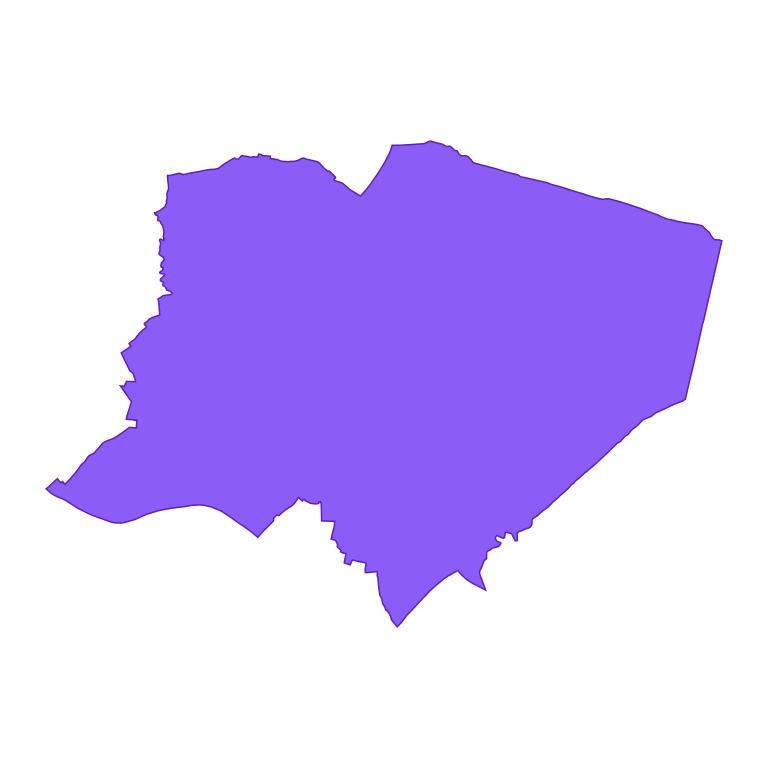 the district of Mueang Nonthaburi, Nonthaburi, Thailand
{"feature_id": "78962969B57513030361621", "entity_name": "Mueang Nonthaburi", "entity_type": "district", "adm_level": 2, "iso_a3": "THA", "parent_name": "Thailand", "parent_adm1": "Nonthaburi", "projection": "orthographic", "projection_center": [100.48, 13.852], "detail": "fine", "context": "isolated", "style": "filled", "palette": "violet", "viewbox_px": 768, "rotation_deg": 0, "n_neighbors": 0, "source": "geoboundaries", "source_scale": "gbopen_adm2", "svg_char_len": 6108}
<svg xmlns="http://www.w3.org/2000/svg" viewBox="0 0 768 768"><path d="M158.1,298.8L158.7,302.0L159.8,315.1L154.5,316.7L150.9,318.2L149.4,319.1L146.8,321.7L144.3,323.5L144.4,324.1L146.4,327.0L146.3,327.5L142.9,329.9L138.8,333.7L138.3,335.0L136.5,336.5L136.2,337.5L135.4,338.6L129.1,343.3L129.1,343.5L130.9,346.3L121.2,352.9L129.6,370.2L130.5,371.3L132.4,372.7L133.2,373.9L135.2,379.8L135.5,381.7L126.4,381.4L126.4,382.1L126.0,382.5L125.8,383.7L125.1,384.1L124.5,386.4L120.4,385.9L131.5,401.8L126.7,416.9L126.4,419.3L132.5,419.7L135.0,420.4L135.0,419.9L136.9,419.9L136.3,427.9L129.3,427.4L125.0,430.7L117.0,436.4L113.1,438.6L105.6,441.4L102.6,443.3L94.3,452.9L89.4,455.5L88.3,456.4L84.7,461.8L81.6,464.3L75.5,472.8L69.8,479.3L65.1,484.2L64.8,484.3L62.6,481.5L62.4,481.5L61.2,482.8L60.9,482.8L57.3,478.7L49.4,486.1L46.1,488.9L46.3,489.1L51.5,493.5L56.8,496.6L62.5,498.8L66.1,500.7L77.9,508.3L87.2,513.0L92.9,515.5L111.8,522.3L115.2,522.8L120.5,523.1L124.0,522.6L134.4,519.7L146.9,514.2L157.5,510.9L165.1,509.3L172.2,508.1L183.1,506.8L190.8,505.5L199.5,504.9L204.3,505.3L211.4,507.0L219.8,510.4L222.2,511.7L231.9,518.1L237.3,522.1L244.7,527.0L252.0,532.3L257.7,537.3L264.4,530.0L268.1,526.4L272.9,521.5L273.5,520.6L273.7,518.1L276.7,515.0L278.9,515.6L283.3,511.6L285.6,509.8L287.3,508.8L288.7,507.6L290.2,507.0L291.8,505.7L294.3,503.5L298.6,497.5L302.3,501.0L303.9,499.2L305.5,500.4L305.3,500.7L310.5,503.3L314.1,503.8L316.2,503.9L317.5,503.7L318.8,503.2L318.5,502.2L318.7,501.9L320.4,501.7L321.5,504.4L321.2,504.8L321.4,509.5L321.6,520.9L329.1,521.2L334.6,521.3L334.4,525.9L332.4,533.5L331.1,539.1L335.2,540.3L335.6,540.6L337.6,544.4L337.2,546.7L339.8,549.3L340.7,549.9L340.8,550.5L340.6,551.9L342.4,552.9L345.4,553.4L346.0,553.8L344.2,562.9L350.2,564.9L352.0,560.7L352.9,560.0L359.4,561.7L365.9,562.8L366.0,563.7L365.2,569.4L365.2,572.1L365.4,572.6L367.2,572.6L377.2,571.6L377.3,573.8L377.1,575.5L377.9,577.9L378.8,587.8L379.7,594.3L380.1,595.7L381.7,598.3L382.6,603.6L384.9,607.1L385.4,609.1L385.8,610.1L387.1,610.7L387.5,611.5L389.2,613.4L389.5,614.4L390.3,615.7L391.6,620.0L397.2,626.8L401.2,622.8L406.8,615.3L414.7,607.1L419.4,601.9L421.3,600.0L423.1,597.8L425.7,595.5L428.7,592.0L432.9,588.0L444.1,578.6L448.9,575.5L457.9,570.5L459.5,572.6L462.4,575.7L465.5,578.5L469.0,581.1L472.9,583.5L485.7,590.1L480.0,574.8L479.5,572.6L479.6,571.3L481.7,567.2L483.9,561.1L484.8,560.1L486.0,559.3L486.6,558.3L486.6,553.6L486.8,552.4L487.1,551.7L488.2,550.9L490.6,549.7L492.3,548.1L497.5,546.9L498.3,546.6L499.7,545.3L500.7,543.8L500.9,543.2L500.5,542.5L497.4,541.6L495.7,539.2L495.4,538.5L495.5,537.6L496.0,536.5L496.6,535.7L497.0,535.6L498.2,536.1L502.3,538.0L503.6,538.2L504.2,537.8L504.6,537.3L505.1,533.4L505.6,532.5L506.3,532.4L510.1,533.1L510.9,533.4L511.8,534.2L515.2,540.7L515.9,540.9L517.1,540.7L517.4,540.1L517.2,533.6L517.5,533.0L518.5,532.0L519.3,531.5L521.4,530.8L525.7,528.8L528.5,528.1L529.7,527.5L531.2,525.8L531.8,524.6L532.0,523.6L532.0,520.3L532.7,518.8L537.4,515.7L542.5,511.0L548.0,507.1L553.0,501.9L556.6,499.0L560.6,495.1L568.2,488.5L571.2,484.9L573.6,483.3L575.5,480.9L579.8,477.6L584.6,472.9L587.3,471.0L588.2,470.0L593.1,466.1L609.1,451.3L610.7,449.4L611.6,448.8L617.0,443.4L620.5,441.4L621.9,439.7L624.2,437.3L625.0,436.3L628.3,434.2L631.0,430.7L633.7,428.3L636.5,426.3L638.1,424.9L640.5,422.2L643.1,419.8L644.1,419.2L651.4,416.3L655.6,412.8L660.1,410.9L673.7,404.5L682.8,400.9L685.3,399.4L688.9,383.7L693.9,363.0L702.7,323.4L703.2,322.3L721.9,240.8L719.1,239.9L715.1,239.7L713.7,239.1L711.2,235.8L709.4,232.6L706.2,229.8L702.7,226.3L701.6,225.7L698.1,224.7L678.5,221.7L674.6,220.5L667.5,219.1L660.8,216.5L657.7,214.8L652.3,213.0L640.3,208.4L627.5,204.1L619.8,201.7L609.4,198.9L606.0,198.8L603.6,199.2L602.1,199.2L597.0,198.1L589.3,195.9L583.9,194.1L574.4,191.3L559.8,186.6L551.6,184.5L546.7,182.6L523.7,177.3L520.6,176.9L518.4,175.0L517.6,174.7L507.0,172.3L496.8,169.0L473.7,162.9L472.7,162.2L471.4,160.1L468.0,156.6L466.2,155.8L462.4,155.9L460.9,155.6L458.8,153.9L457.3,151.1L456.5,150.6L455.0,150.5L454.3,150.2L451.5,147.3L450.2,146.3L449.2,146.1L447.2,146.5L446.4,146.5L442.4,144.2L437.4,143.1L431.3,141.2L429.1,141.2L426.9,142.5L423.9,143.7L401.2,145.2L392.1,145.3L391.2,148.6L389.5,153.0L385.1,161.7L381.4,168.0L377.6,173.9L370.8,183.7L366.4,189.4L360.6,196.1L350.0,189.7L342.9,183.5L340.4,182.4L335.4,180.8L334.3,180.3L334.1,179.8L334.2,179.1L334.5,178.7L335.6,177.9L335.4,177.0L329.4,171.2L328.7,171.0L327.5,171.3L327.1,171.2L326.6,170.0L324.7,168.8L319.6,163.3L318.1,162.1L316.7,161.5L307.0,159.3L304.4,158.3L303.1,158.1L301.8,158.4L297.7,160.5L294.6,161.3L290.8,161.4L288.6,161.7L282.7,161.4L280.0,160.8L277.5,159.6L270.3,158.5L270.2,158.2L270.3,156.2L261.7,155.5L261.6,155.4L261.6,154.6L258.9,154.1L258.7,154.1L257.8,157.1L253.3,156.7L250.7,157.3L247.4,156.5L241.5,155.6L238.5,159.0L236.6,159.2L234.5,158.0L233.3,158.5L224.4,163.8L218.6,168.2L217.4,168.7L214.6,169.2L207.9,169.7L199.5,171.5L190.3,173.0L184.0,174.5L182.7,174.5L179.9,173.4L179.1,173.3L170.7,175.3L168.9,175.5L167.5,175.4L167.5,176.8L168.6,188.0L168.5,189.0L166.9,193.4L167.1,198.2L166.3,201.2L166.6,203.4L165.6,204.8L165.2,206.4L164.8,207.0L161.8,209.0L160.3,210.4L157.0,211.8L156.0,212.8L154.7,212.8L155.4,214.9L157.6,215.6L158.0,215.9L158.0,217.3L157.7,220.3L158.1,220.6L160.2,221.3L160.9,223.3L162.6,225.6L164.0,231.7L163.4,236.5L163.5,237.9L164.0,239.6L163.9,240.1L163.6,240.4L163.0,240.5L161.4,239.3L160.6,239.1L160.0,239.3L159.6,239.9L159.7,240.9L160.5,242.6L160.6,243.4L159.8,247.6L160.0,250.2L159.0,253.6L159.4,254.6L163.5,257.7L164.0,258.3L164.2,259.0L164.0,259.9L162.8,261.6L161.3,263.0L161.3,263.9L160.8,265.6L161.0,266.5L161.4,267.2L163.3,267.4L163.4,267.9L163.2,268.6L162.5,270.2L161.7,270.9L160.1,271.8L159.8,272.3L159.7,272.8L160.0,273.2L160.5,273.5L164.0,274.0L164.5,274.3L164.6,274.6L164.3,275.3L160.9,278.7L160.4,279.6L160.3,280.2L160.8,281.0L163.2,282.2L163.3,282.9L162.8,284.4L162.8,285.2L163.2,285.7L164.5,286.3L165.5,287.2L166.8,290.2L170.2,291.3L171.7,292.6L172.1,293.3L171.6,294.1L170.7,294.5L163.2,295.6L160.0,297.9L158.1,298.8Z" fill="#8b5cf6" stroke="#5b21b6" stroke-width="1.5"/></svg>